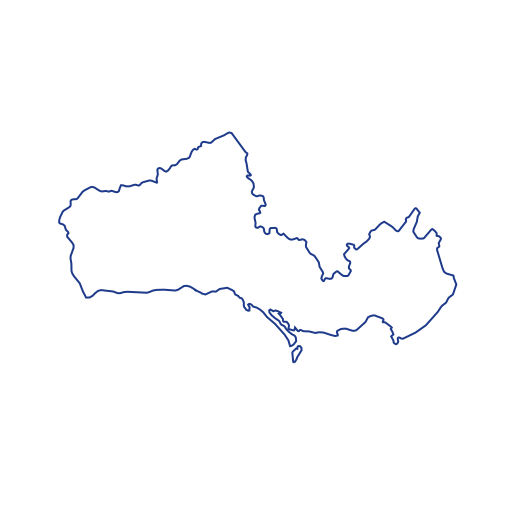 map outline of Dagestan (orthographic projection), rotated 122°
{"feature_id": "RUS-2417", "entity_name": "Dagestan", "entity_type": "Republic", "adm_level": 1, "iso_a3": "RUS", "parent_name": "Russia", "parent_adm1": "", "projection": "orthographic", "projection_center": [46.661, 43.097], "detail": "fine", "context": "isolated", "style": "outline", "palette": "blue", "viewbox_px": 512, "rotation_deg": 122, "n_neighbors": 0, "source": "natural_earth", "source_scale": "10m", "svg_char_len": 6134}
<svg xmlns="http://www.w3.org/2000/svg" viewBox="0 0 512 512"><g transform="rotate(122 256 256)"><path d="M189.7,362.0L188.4,361.9L187.4,361.4L186.6,360.3L184.6,355.1L183.6,354.1L178.5,352.7L170.5,347.0L167.6,345.6L165.4,344.1L164.7,341.8L173.4,320.0L173.6,317.7L175.1,317.0L177.6,316.9L180.1,315.7L182.5,313.1L188.9,307.5L189.5,304.4L189.9,303.5L190.3,303.2L191.0,303.6L192.1,305.8L193.2,306.1L193.6,305.9L194.1,304.1L194.3,299.8L195.4,297.3L196.1,296.3L199.0,294.1L202.9,293.8L203.9,293.5L205.0,292.4L205.4,290.4L205.2,287.6L204.5,286.4L202.9,285.2L202.0,283.5L201.6,281.7L202.3,280.5L204.4,278.9L207.0,275.3L207.8,274.8L208.9,274.9L210.1,277.5L210.7,278.2L213.7,278.5L215.3,278.0L215.6,277.5L215.9,276.5L217.1,275.3L217.9,275.6L219.0,276.9L221.2,278.5L223.5,278.0L224.5,277.4L228.0,274.0L231.2,272.3L231.6,271.8L231.8,271.2L231.4,269.7L230.6,269.1L229.2,268.5L228.5,267.8L228.2,266.4L228.2,265.1L228.6,263.9L230.8,262.0L231.6,260.9L231.9,259.5L231.5,258.0L229.7,256.7L226.0,258.6L224.7,258.5L222.0,254.7L221.8,253.6L222.2,252.6L224.4,250.9L225.0,249.4L225.2,248.1L225.1,246.2L224.9,245.7L222.5,244.5L223.7,239.5L224.0,237.3L223.8,235.7L223.5,234.9L222.3,233.4L219.1,230.8L219.0,230.3L219.6,228.7L219.6,227.9L217.3,225.5L216.8,224.4L216.7,223.0L217.4,220.7L220.6,219.3L221.8,218.4L224.7,212.6L225.2,210.8L224.9,207.6L225.0,206.1L228.1,199.4L231.5,196.3L234.0,191.2L235.2,189.8L238.6,189.3L240.5,188.6L241.5,186.7L241.6,185.6L241.2,185.2L238.5,185.4L237.6,184.8L236.5,181.7L235.2,180.0L233.7,179.7L231.2,180.6L229.8,180.7L226.6,179.6L226.0,179.1L225.7,178.5L226.1,176.8L226.6,172.9L226.5,171.1L224.5,167.9L223.4,167.4L218.5,167.6L217.8,168.2L217.3,170.5L215.9,171.6L211.9,172.4L211.2,173.0L210.8,173.6L211.1,176.3L210.5,178.5L209.3,180.8L207.8,182.3L201.3,181.2L199.9,181.2L199.3,182.1L199.3,183.4L198.9,184.6L198.2,184.9L197.1,184.9L196.0,183.3L194.7,179.0L195.0,178.2L196.7,177.4L197.1,176.7L197.4,174.6L196.8,173.8L188.6,171.4L185.3,170.0L181.8,169.2L179.7,169.3L179.0,169.8L177.5,171.6L174.4,171.8L173.2,171.5L171.0,169.3L170.3,169.0L163.6,167.6L161.6,166.9L159.0,165.4L159.0,156.7L159.4,154.0L160.1,151.7L160.2,150.3L160.1,149.3L159.4,148.3L147.4,147.0L146.9,147.1L145.5,148.4L144.5,148.6L143.3,148.2L142.7,147.5L141.5,147.0L132.1,146.5L131.1,146.2L130.8,145.7L130.7,145.1L132.6,140.0L136.7,139.8L141.9,137.7L149.8,136.5L152.0,135.5L154.7,129.8L155.1,128.2L154.5,126.3L152.6,123.5L151.8,123.0L140.5,121.3L139.7,120.7L139.8,118.6L140.7,115.3L141.2,114.7L143.1,113.5L143.0,112.8L142.5,112.0L142.3,111.2L142.7,109.0L143.1,108.5L144.0,108.1L148.2,107.9L150.3,105.9L150.9,105.6L153.3,106.5L154.6,106.0L167.4,91.5L169.7,88.2L169.9,86.5L169.9,84.9L168.0,78.4L168.1,78.0L169.8,76.6L174.0,71.0L184.3,68.6L188.7,70.3L190.2,70.5L194.8,70.1L199.4,71.8L201.3,72.1L207.0,72.2L224.7,75.2L236.6,80.2L248.3,87.6L249.0,88.9L249.1,90.9L249.4,91.7L249.8,92.1L250.3,92.2L251.2,91.9L253.3,90.0L253.9,89.8L255.6,89.9L256.6,90.5L256.8,91.5L256.5,93.4L255.0,94.5L252.5,98.8L249.7,97.9L247.9,100.3L246.5,103.0L244.8,102.9L244.4,104.5L243.8,111.3L244.9,113.3L244.6,113.7L242.9,113.9L242.2,114.4L241.9,115.4L242.2,117.5L243.1,121.5L243.4,123.5L244.1,124.9L245.7,126.6L248.5,128.5L254.0,128.2L264.6,131.2L266.2,131.9L267.6,133.3L268.4,135.1L270.0,141.3L271.9,144.1L273.1,145.4L276.3,147.3L277.2,147.3L278.0,146.8L279.3,145.0L280.1,144.6L281.9,146.4L283.3,150.7L285.1,158.1L286.9,161.5L288.2,163.3L289.3,164.1L289.9,165.2L292.0,171.5L293.9,174.5L294.7,176.2L295.0,178.6L295.3,179.4L297.0,179.9L297.4,180.9L296.0,185.0L297.9,184.3L299.0,184.4L299.4,185.3L300.4,188.7L300.5,189.7L299.9,190.3L298.1,190.8L297.3,191.3L296.3,192.9L295.6,195.1L297.1,197.8L296.8,198.5L295.2,199.8L293.8,202.9L292.8,206.0L291.3,204.6L290.8,204.6L291.3,208.6L291.9,210.6L293.7,212.1L293.7,215.3L295.1,216.0L296.8,214.6L298.0,211.2L298.6,207.2L298.8,202.2L299.1,201.3L300.3,199.5L300.8,198.1L300.5,195.2L300.8,194.0L301.9,191.8L302.6,189.2L303.1,186.3L303.3,183.6L303.1,181.4L303.3,180.4L304.0,179.1L306.9,176.8L311.0,177.2L312.8,177.9L314.4,179.3L310.4,183.8L307.5,190.1L303.5,203.8L301.9,214.4L299.9,220.0L299.3,224.1L299.4,228.2L300.4,231.5L299.9,233.2L299.7,235.0L300.2,236.4L301.4,236.9L303.1,234.0L304.6,233.5L305.7,232.7L306.2,233.1L306.6,233.9L306.8,236.0L306.1,237.2L305.4,239.2L304.3,240.2L302.0,241.6L301.2,242.4L299.8,244.7L299.5,245.7L300.0,247.8L299.3,249.9L299.6,253.1L299.2,254.0L297.7,255.8L297.5,257.7L298.2,263.6L303.2,269.3L307.5,271.2L308.2,272.3L308.7,273.7L309.9,274.9L315.4,278.5L316.5,281.9L316.3,282.9L316.9,287.7L316.8,289.3L317.2,289.3L316.8,291.4L316.9,295.3L317.8,298.6L319.6,301.2L325.9,304.2L328.1,306.2L333.4,316.3L337.4,322.3L339.7,324.9L343.7,327.8L345.0,329.1L354.5,346.1L356.6,348.9L359.3,351.3L360.6,353.1L361.2,355.1L361.5,357.3L362.3,359.4L367.0,369.3L369.2,371.4L372.6,372.7L376.1,373.4L379.3,375.1L381.3,378.0L377.9,383.8L372.5,391.1L369.6,399.7L368.1,402.6L366.5,404.5L360.2,408.6L356.4,412.0L354.2,413.2L345.8,415.0L343.3,416.6L342.0,419.3L339.7,426.4L338.0,427.4L336.1,427.1L335.3,427.9L334.4,431.3L331.7,434.3L331.5,436.4L332.3,439.6L332.0,440.6L330.2,441.7L327.1,442.7L320.8,443.4L319.4,443.1L313.3,440.1L311.8,439.9L310.4,440.5L307.8,442.3L306.2,442.3L304.9,441.2L302.8,438.3L301.1,437.8L293.5,437.1L291.2,436.2L285.5,432.9L284.2,431.6L283.5,429.3L283.6,424.2L283.3,421.8L282.7,420.6L280.4,417.8L279.4,414.9L277.3,413.2L276.0,408.4L274.8,407.0L273.5,406.7L270.6,407.5L267.5,408.0L266.5,406.1L265.8,403.2L264.0,400.2L260.3,397.1L259.3,395.8L258.6,393.2L258.3,392.7L257.4,392.2L254.6,391.7L253.3,390.9L248.5,386.5L247.8,385.3L247.4,384.0L246.4,379.0L245.8,379.0L243.2,381.3L238.8,382.5L235.1,385.4L233.7,385.4L232.4,384.3L232.0,382.6L232.4,378.6L232.0,376.8L230.6,376.0L227.2,375.5L225.3,375.6L223.7,375.2L221.9,372.7L220.1,371.7L215.8,371.3L213.7,370.4L210.5,366.5L208.6,365.0L207.3,364.7L201.7,365.8L199.4,365.7L197.7,364.9L197.2,362.7L196.5,362.2L194.2,362.6L191.9,360.9L189.7,362.0ZM324.9,166.9L326.0,167.6L326.0,168.4L318.7,174.0L317.5,174.1L313.1,172.9L312.8,171.8L311.1,172.6L310.2,172.5L309.5,171.7L309.1,170.7L309.8,168.8L311.8,167.4L319.9,167.4L322.2,166.9L324.9,166.9Z" fill="none" stroke="#1e3a8a" stroke-width="2"/></g></svg>